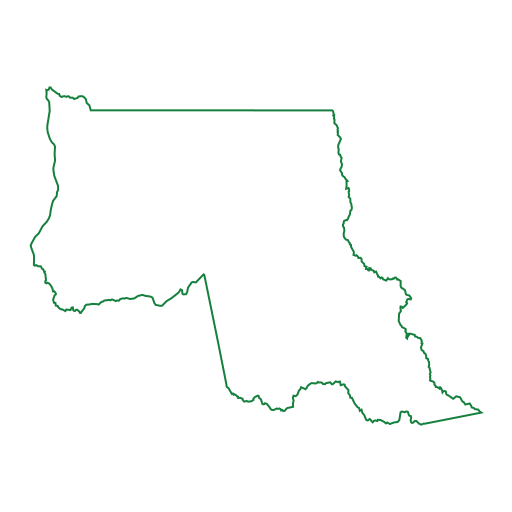 outline of Nova Mamoré, Rondônia, Brazil
{"feature_id": "56859067B93107940497000", "entity_name": "Nova Mamoré", "entity_type": "district", "adm_level": 2, "iso_a3": "BRA", "parent_name": "Brazil", "parent_adm1": "Rondônia", "projection": "equal_earth", "projection_center": [-64.544, -10.405], "detail": "fine", "context": "isolated", "style": "outline", "palette": "green", "viewbox_px": 512, "rotation_deg": 0, "n_neighbors": 0, "source": "geoboundaries", "source_scale": "gbopen_adm2", "svg_char_len": 5989}
<svg xmlns="http://www.w3.org/2000/svg" viewBox="0 0 512 512"><path d="M481.3,412.6L479.8,411.6L478.2,409.6L474.9,409.1L473.8,408.0L471.7,407.4L471.2,405.9L469.7,403.5L465.3,404.5L463.7,402.1L462.3,401.3L460.1,397.3L456.3,396.3L453.2,398.8L448.4,395.4L447.3,395.1L446.4,394.2L445.8,391.5L444.7,391.0L443.2,391.4L442.5,392.4L441.9,389.8L440.5,387.3L439.7,387.3L439.5,388.6L437.2,387.1L435.8,387.0L435.5,385.6L434.5,384.9L434.5,383.1L433.5,381.7L430.0,380.5L430.4,378.3L429.9,377.0L430.4,375.7L429.9,373.8L430.6,372.5L429.4,367.6L428.7,367.0L429.2,364.3L428.9,361.8L428.3,360.9L428.0,358.9L426.3,358.3L426.0,355.1L425.2,353.6L424.1,353.0L423.5,351.2L421.7,350.1L420.9,347.6L422.4,343.5L421.6,343.2L421.8,341.0L420.4,338.2L418.1,337.9L416.8,336.8L415.0,336.4L414.7,334.9L409.9,333.6L408.6,333.8L408.9,335.2L407.4,337.1L407.1,338.5L406.2,337.7L406.8,333.9L405.3,331.1L405.9,329.8L405.5,328.9L401.9,327.0L401.6,326.0L400.3,324.6L398.7,321.0L399.1,313.6L400.9,311.1L400.4,308.0L400.6,306.5L401.6,306.6L402.7,307.9L403.6,307.2L406.4,304.5L407.1,303.1L406.2,302.2L407.4,299.3L408.5,299.0L410.7,299.4L411.2,298.2L409.3,295.5L406.6,294.8L405.9,294.2L405.0,290.3L402.7,288.4L401.8,288.2L400.9,286.9L400.6,285.7L400.7,281.1L397.9,279.2L397.2,279.6L395.8,277.5L394.6,277.7L393.7,278.8L392.8,278.5L392.1,279.2L390.8,279.4L388.8,279.2L387.9,278.2L386.2,280.6L383.1,279.3L382.6,278.0L381.7,277.4L380.5,278.3L379.3,277.0L378.1,276.7L378.1,275.5L377.4,274.7L376.1,271.6L374.2,272.3L373.8,270.9L371.4,269.8L370.6,268.3L369.3,268.0L369.3,270.4L368.4,270.4L367.2,268.9L365.9,268.9L366.5,266.7L364.5,266.2L364.1,263.8L361.7,261.6L361.4,258.6L360.5,257.8L358.4,258.0L357.9,256.5L356.4,255.2L355.6,255.7L353.5,254.9L353.8,253.9L353.8,251.8L351.1,247.0L350.9,244.7L349.9,244.4L349.7,242.9L348.9,242.2L348.0,240.2L345.8,239.5L344.1,237.2L343.7,235.7L343.7,233.2L344.4,230.8L344.0,227.6L343.1,226.5L342.9,224.7L343.7,223.4L343.6,222.2L344.2,220.9L346.1,220.0L346.8,220.3L348.0,218.8L348.2,217.8L349.9,214.3L350.4,210.7L351.4,210.0L351.9,207.9L351.2,203.6L350.4,202.3L350.3,198.7L348.6,196.9L349.2,195.2L348.6,191.8L349.2,191.2L349.0,188.8L348.4,188.0L346.2,188.8L346.6,185.7L346.5,181.3L347.5,181.0L345.2,178.5L344.6,177.2L342.7,175.9L342.0,174.6L342.2,173.5L340.1,170.3L340.5,168.6L341.5,167.2L342.0,164.2L340.9,161.5L341.6,157.9L340.9,157.1L340.0,154.5L339.1,154.5L338.4,153.0L338.7,149.2L338.2,147.9L338.2,145.3L340.9,139.0L340.1,137.3L337.7,135.0L338.0,133.1L337.5,132.1L338.1,131.1L337.5,130.1L337.9,128.0L336.4,124.9L334.4,123.3L334.5,119.4L333.9,118.7L334.2,117.4L334.0,116.3L333.3,115.4L334.2,114.9L333.6,113.8L333.1,111.4L332.3,110.4L90.8,110.3L89.3,105.2L86.7,103.0L85.9,99.2L83.4,96.6L81.4,96.1L78.6,96.5L77.5,97.9L74.2,99.0L72.7,97.7L70.0,97.6L68.5,96.2L66.3,96.8L64.7,96.2L63.2,96.3L61.6,97.0L59.7,95.8L59.2,94.0L57.7,93.8L52.0,89.6L50.6,87.5L49.5,87.4L48.7,89.6L47.4,90.3L46.3,89.9L46.6,93.1L46.3,97.5L46.9,99.0L48.3,100.4L49.2,102.2L49.7,110.8L47.3,125.8L47.3,129.2L47.8,132.5L49.9,138.9L52.0,142.5L54.1,144.4L55.0,146.6L54.6,154.2L55.1,160.5L53.4,167.7L53.4,170.2L54.3,175.9L58.0,185.7L58.1,189.8L57.0,192.3L56.7,196.1L53.2,200.7L52.3,203.2L50.7,210.2L50.1,215.2L48.8,218.5L46.9,221.6L42.5,226.3L38.8,233.3L35.2,236.8L31.4,243.6L30.7,245.5L31.3,248.0L33.8,254.6L34.1,257.6L33.9,265.0L34.9,265.7L36.1,265.1L38.3,266.3L40.8,266.3L42.1,268.8L43.2,269.3L44.0,271.4L44.8,271.6L44.4,272.6L45.3,273.9L46.0,280.3L45.3,281.1L45.3,282.7L46.4,283.3L47.4,282.7L49.3,283.6L51.2,286.1L52.4,288.5L53.1,291.4L54.1,291.2L55.7,293.1L55.9,294.3L54.6,295.4L53.1,299.7L54.0,302.8L55.4,302.9L55.8,305.6L57.7,305.9L58.2,307.2L60.4,309.1L62.5,309.5L65.4,311.1L66.3,309.5L70.4,310.1L71.7,307.6L72.8,307.4L73.2,310.0L73.9,310.8L75.1,310.9L76.1,309.8L77.2,309.7L79.6,311.9L79.9,312.9L80.7,313.0L84.5,307.9L84.7,306.3L86.3,304.7L89.5,304.5L91.7,303.9L97.1,304.1L98.5,304.6L101.6,301.8L102.7,301.7L104.4,300.5L109.6,299.9L110.6,300.3L111.6,299.6L112.6,299.6L115.9,301.1L116.8,300.5L118.9,300.7L120.3,299.0L123.2,298.3L124.7,298.6L126.3,297.9L130.1,299.0L134.3,298.4L138.1,295.9L142.5,294.9L145.5,295.9L150.2,296.5L151.7,297.2L152.6,297.9L154.4,303.1L155.7,304.9L160.6,305.9L162.2,305.6L166.6,301.1L171.3,298.3L177.7,293.3L179.1,291.9L180.5,289.4L181.7,289.9L182.1,290.7L182.4,293.6L183.3,294.4L186.0,294.2L187.2,291.9L188.0,287.7L191.7,282.4L192.7,282.0L195.9,282.4L203.6,274.4L204.3,275.0L204.6,276.4L217.7,340.5L226.5,384.9L226.5,386.0L226.9,387.0L228.6,388.2L231.8,393.9L232.8,393.5L233.5,394.7L234.3,394.2L236.5,395.5L237.2,396.6L238.0,396.7L238.2,398.0L240.2,397.9L242.5,398.7L242.7,399.8L244.1,401.6L246.8,401.0L248.2,401.7L251.6,401.2L253.5,399.8L253.4,398.7L254.8,397.1L257.8,395.6L258.6,395.9L259.1,397.9L261.0,399.4L262.3,403.8L263.1,404.3L264.1,404.2L264.7,403.3L266.7,403.8L269.2,406.7L270.8,409.3L271.9,409.9L273.7,410.0L276.8,408.5L277.8,408.9L279.4,408.5L280.7,409.2L281.2,410.5L282.4,410.0L283.3,411.1L285.0,410.6L286.5,408.6L287.5,408.0L293.1,406.8L292.9,403.9L293.6,400.7L292.9,397.7L293.5,395.7L295.6,396.2L297.4,394.7L298.8,390.9L300.5,388.8L301.1,387.2L305.5,389.2L306.6,388.0L307.8,385.7L310.7,383.5L311.7,383.1L315.7,383.5L316.8,383.1L317.8,381.9L318.9,382.5L321.1,382.4L322.3,383.0L323.0,384.0L324.9,384.2L326.0,383.2L330.1,382.3L331.8,384.2L332.7,384.3L335.7,381.4L338.0,382.2L339.0,381.6L340.0,381.6L340.7,385.2L343.8,384.3L344.7,384.7L344.9,386.2L348.5,390.2L348.2,393.0L349.9,395.3L350.3,397.7L351.9,397.8L354.7,403.6L357.5,407.2L359.0,407.9L359.9,410.8L361.5,409.7L362.4,412.8L364.4,415.4L365.9,419.3L366.7,420.3L367.9,420.4L369.5,419.0L370.5,419.5L371.1,420.7L372.7,422.3L373.7,421.0L375.0,420.4L377.3,421.0L377.8,419.8L380.6,420.0L384.0,421.8L386.0,423.4L387.2,422.5L389.9,424.0L394.2,422.4L397.6,422.0L399.3,420.1L400.6,412.2L402.0,411.5L404.8,412.3L406.0,411.5L407.7,411.7L409.1,415.5L410.9,416.2L411.2,417.9L410.6,420.4L411.0,422.0L412.0,423.0L413.5,422.4L414.5,421.1L416.4,421.0L419.1,423.7L421.4,424.6L423.7,423.6L424.8,423.7L481.3,412.6Z" fill="none" stroke="#15803d" stroke-width="2"/></svg>